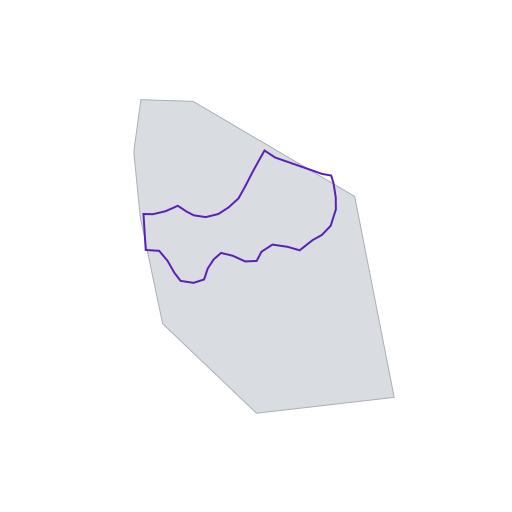 where Central Singapore sits in Singapore, rotated 237°
{"feature_id": "SGP-4871", "entity_name": "Central Singapore", "entity_type": "state/province", "adm_level": 1, "iso_a3": "SGP", "parent_name": "Singapore", "parent_adm1": "", "projection": "robinson", "projection_center": [103.856, 1.349], "detail": "fine", "context": "in_parent", "style": "outline", "palette": "violet", "viewbox_px": 512, "rotation_deg": 237, "n_neighbors": 0, "source": "natural_earth", "source_scale": "10m", "svg_char_len": 827}
<svg xmlns="http://www.w3.org/2000/svg" viewBox="0 0 512 512"><g transform="rotate(237 256 256)"><path d="M420.0,287.4L252.2,371.2L62.2,294.9L123.9,170.8L250.0,140.8L351.9,180.2L410.0,210.3L449.8,244.6L420.0,287.4Z" fill="#d9dde1" stroke="#a8b0b8" stroke-width="1"/><path d="M339.8,320.6L328.1,325.7L288.9,356.1L282.5,362.9L274.7,360.6L261.7,354.8L251.5,348.3L240.7,335.1L237.8,322.8L238.5,312.2L237.0,295.7L246.5,287.5L256.6,276.0L256.6,262.9L251.5,253.9L257.3,244.0L268.9,236.6L277.6,228.4L276.2,218.6L271.8,208.7L264.6,199.7L267.5,189.0L276.2,179.2L286.3,178.4L300.1,179.2L313.1,177.6L321.1,166.8L352.5,184.5L347.2,192.3L342.8,204.6L340.7,217.8L331.2,221.9L324.0,226.0L316.0,235.0L311.7,247.3L311.7,259.6L313.9,272.8L320.4,285.1L328.4,299.0L336.3,313.8L339.8,320.6Z" fill="none" stroke="#5b21b6" stroke-width="2"/></g></svg>